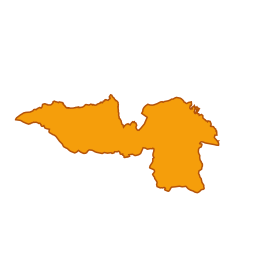 the district of Fundata, Brasov, Romania, rotated 305°
{"feature_id": "2599482B86942388549118", "entity_name": "Fundata", "entity_type": "district", "adm_level": 2, "iso_a3": "ROU", "parent_name": "Romania", "parent_adm1": "Brasov", "projection": "mercator", "projection_center": [25.279, 45.46], "detail": "fine", "context": "isolated", "style": "filled", "palette": "amber", "viewbox_px": 256, "rotation_deg": 305, "n_neighbors": 0, "source": "geoboundaries", "source_scale": "gbopen_adm2", "svg_char_len": 5917}
<svg xmlns="http://www.w3.org/2000/svg" viewBox="0 0 256 256"><g transform="rotate(305 128 128)"><path d="M165.7,212.0L166.1,212.0L167.5,210.9L168.1,209.9L168.1,209.5L168.4,209.2L169.1,209.4L168.6,208.5L168.6,208.1L169.0,207.0L169.3,205.4L169.7,204.2L171.9,203.3L173.2,204.9L174.8,203.5L175.5,203.1L176.2,202.3L176.1,202.1L176.4,202.1L176.6,201.2L177.4,200.4L177.3,199.4L178.1,197.3L177.9,196.6L177.3,195.9L177.4,195.2L177.2,195.2L176.8,194.8L176.8,194.6L177.2,194.3L178.9,193.9L180.5,191.5L179.7,189.4L179.3,189.3L179.1,189.6L178.7,189.6L178.9,188.8L178.6,187.2L179.0,186.8L178.9,186.0L179.2,183.6L181.1,182.1L181.2,180.4L179.2,179.1L180.1,178.2L180.1,177.7L179.7,176.9L179.8,175.7L182.5,175.6L182.2,175.2L182.3,174.9L181.5,174.3L180.6,174.9L178.7,175.1L178.4,174.7L178.4,174.2L178.9,173.4L179.0,173.7L179.3,173.7L180.5,172.6L182.0,171.8L182.7,172.4L182.2,174.6L183.1,174.6L184.0,175.3L184.7,175.4L184.7,174.7L184.4,173.4L184.9,172.3L183.5,172.0L183.8,171.3L183.2,170.6L183.9,170.2L184.4,169.5L183.7,169.5L181.5,168.5L180.6,169.6L180.1,168.8L179.8,168.5L179.5,168.6L179.5,167.7L179.8,167.3L180.4,167.0L180.4,166.8L182.2,166.2L182.3,166.7L182.9,166.9L183.6,166.7L185.7,164.9L183.6,162.9L181.9,162.2L181.6,161.6L181.5,160.8L181.7,159.8L181.4,159.2L181.5,158.7L182.0,158.1L182.0,157.8L182.3,156.9L182.5,154.8L182.4,153.7L180.8,150.1L179.3,149.1L177.6,148.4L176.6,147.1L175.3,146.6L173.4,145.4L170.4,142.5L169.2,142.0L169.1,141.8L169.2,141.0L168.0,139.7L164.6,137.9L161.9,136.0L160.9,135.1L160.1,133.9L159.4,132.7L158.8,130.6L156.2,129.7L154.4,129.4L152.9,129.4L151.6,129.7L150.2,130.5L147.9,130.8L147.8,132.4L147.8,137.6L140.7,139.1L134.5,138.6L133.2,138.2L132.6,138.4L132.4,138.3L132.1,137.6L131.8,137.5L131.7,136.8L132.3,135.2L132.9,134.3L134.0,133.7L135.0,133.7L135.9,132.7L136.6,131.4L136.3,130.9L136.3,130.2L136.4,129.7L136.8,129.5L136.5,129.2L135.6,129.1L135.7,128.2L133.8,127.9L131.7,128.0L131.8,127.0L131.5,126.7L131.3,125.9L131.5,125.6L130.0,124.5L128.1,124.0L127.7,123.7L127.2,123.8L127.1,124.0L126.1,123.9L127.7,122.1L127.6,121.0L127.8,120.7L129.2,118.9L129.8,118.4L130.9,116.1L130.9,115.2L131.1,115.0L131.9,114.5L132.7,113.4L133.6,112.6L134.2,112.5L135.1,111.7L135.1,111.4L135.5,111.2L136.2,110.3L136.7,110.2L139.6,107.6L139.8,107.8L140.3,107.3L141.6,106.7L142.1,106.0L143.2,105.2L143.7,103.6L143.7,102.6L143.4,102.1L143.7,101.8L143.9,100.4L144.5,99.4L144.6,98.0L144.9,96.9L145.5,96.1L145.5,95.7L145.2,94.7L142.8,94.8L142.3,95.4L142.4,96.1L141.8,96.5L140.6,96.0L139.2,95.8L138.9,94.8L138.7,94.4L138.6,93.7L138.0,93.0L136.8,93.3L135.9,92.4L134.2,92.6L133.8,92.4L133.7,91.7L133.8,91.1L132.9,90.6L132.3,90.9L129.9,89.1L129.1,89.1L127.7,87.9L127.5,86.9L127.2,86.6L127.2,85.8L126.5,85.7L126.3,83.9L124.5,83.0L123.1,80.1L122.4,79.7L120.8,79.5L118.8,78.7L117.8,77.4L117.0,76.9L117.0,75.5L116.7,75.3L116.2,75.5L116.0,75.1L116.0,74.5L115.2,73.9L115.1,73.5L114.1,73.0L113.8,72.4L113.4,72.2L112.8,71.6L111.1,69.3L110.8,68.6L110.5,68.3L110.7,68.0L110.4,67.5L109.9,67.4L109.9,67.0L109.4,66.6L109.7,66.2L109.3,65.5L109.3,64.9L109.7,64.4L109.6,63.9L110.1,63.3L110.0,62.5L110.3,62.0L110.3,61.4L110.7,61.3L110.9,61.0L110.8,60.6L111.2,60.4L111.2,59.6L110.9,59.1L110.7,58.4L110.3,57.7L110.2,57.3L109.9,56.7L109.5,56.5L109.1,56.6L108.9,56.5L108.5,54.7L108.0,53.8L107.8,52.3L106.7,51.6L106.1,51.7L105.9,52.1L105.5,52.1L104.4,52.0L102.6,51.5L101.2,49.5L100.7,48.6L100.9,48.0L100.5,47.5L100.4,46.6L100.1,45.9L99.5,45.3L98.3,44.5L96.0,45.5L94.5,45.4L94.3,45.1L94.4,44.2L94.2,43.9L91.9,42.6L90.2,42.2L90.0,41.2L89.0,40.3L87.4,40.2L84.8,38.6L82.2,35.4L80.5,33.9L76.8,32.3L72.4,30.9L70.6,31.0L70.3,31.2L72.1,34.6L72.7,36.1L72.8,38.5L73.5,42.1L74.1,44.1L74.3,44.6L75.1,44.9L75.6,45.6L76.9,46.1L77.8,47.0L78.6,47.3L79.1,48.4L80.0,49.3L80.5,51.1L80.5,52.2L81.3,53.0L81.3,53.5L80.9,54.2L80.9,54.9L80.5,55.0L80.1,55.5L80.1,56.0L80.0,56.4L80.5,57.2L81.6,57.7L80.4,59.8L80.4,60.3L80.8,61.8L81.9,64.4L80.1,65.1L79.5,65.6L79.2,66.2L79.5,70.4L79.9,71.8L79.8,73.9L77.9,79.5L77.2,83.3L75.8,85.9L76.1,88.8L76.4,90.0L76.0,92.8L76.0,94.3L77.0,98.6L77.8,99.2L79.0,99.8L81.2,100.3L81.1,102.8L81.6,105.7L81.9,106.5L83.0,107.7L84.1,108.3L85.7,108.2L87.4,108.6L87.8,108.8L89.2,111.3L89.5,112.9L89.5,114.0L90.0,116.1L92.3,121.5L94.3,122.6L95.6,125.6L98.1,128.3L98.0,129.4L98.3,129.8L99.6,130.8L100.9,130.6L102.2,132.6L102.7,133.1L103.6,133.6L103.6,134.5L103.4,135.2L102.3,136.5L102.5,137.4L103.6,138.6L102.8,139.2L102.8,140.4L102.2,141.5L101.8,141.6L101.9,142.2L103.4,143.6L104.1,143.8L104.0,144.4L105.7,145.5L106.6,144.0L109.1,146.7L109.4,149.4L109.9,150.1L112.1,152.0L113.6,152.7L114.7,152.9L120.5,151.7L121.6,154.0L121.6,155.1L121.8,156.1L124.0,158.2L124.9,159.8L125.5,159.8L125.9,160.8L125.2,161.7L124.6,161.9L124.3,162.3L121.7,163.1L120.1,163.9L119.1,165.1L118.8,166.2L118.3,166.3L117.2,165.9L114.8,167.5L113.2,167.7L109.6,167.8L107.9,168.5L107.8,169.0L108.6,172.6L108.6,173.4L108.3,174.0L107.4,174.8L106.4,174.9L104.5,174.7L104.1,174.8L103.3,176.5L102.9,177.9L101.9,178.9L101.1,181.2L100.3,182.8L99.5,183.4L98.2,183.8L96.7,185.4L97.4,188.7L98.5,190.0L98.7,190.7L99.7,191.4L100.2,192.1L100.0,193.2L98.9,193.2L98.4,193.9L99.2,197.1L99.6,197.5L100.5,197.8L103.7,197.5L104.6,197.7L106.9,200.4L109.8,203.5L110.9,206.1L113.4,208.9L113.4,209.3L112.8,211.8L112.8,213.5L113.0,215.0L113.7,217.3L113.9,219.7L114.6,221.5L115.0,222.1L116.9,223.0L119.3,223.4L120.1,223.9L120.8,224.7L121.6,225.1L122.2,225.0L123.6,223.5L124.6,222.9L125.9,219.8L128.5,216.9L129.0,215.2L130.5,213.3L131.2,211.9L132.9,211.0L133.6,210.8L136.5,211.9L138.3,211.0L139.7,210.7L140.4,209.9L141.0,209.8L141.3,209.4L141.9,207.7L142.5,207.1L142.6,206.5L143.3,205.2L144.7,203.8L146.6,202.6L147.7,200.6L148.8,199.3L150.8,198.1L151.9,197.8L152.9,197.9L154.5,198.8L156.6,198.2L157.0,197.9L157.2,197.5L156.4,196.2L156.3,195.7L156.5,195.5L158.3,195.7L158.8,196.1L159.2,196.7L159.7,197.9L160.0,199.7L164.0,208.4L164.6,210.1L165.7,212.0Z" fill="#f59e0b" stroke="#b45309" stroke-width="1.5"/></g></svg>